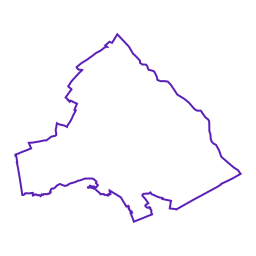 Timisesti, Iasi, Romania
{"feature_id": "2599482B14800869751050", "entity_name": "Timisesti", "entity_type": "district", "adm_level": 2, "iso_a3": "ROU", "parent_name": "Romania", "parent_adm1": "Iasi", "projection": "orthographic", "projection_center": [26.494, 47.231], "detail": "fine", "context": "isolated", "style": "outline", "palette": "violet", "viewbox_px": 256, "rotation_deg": 0, "n_neighbors": 0, "source": "geoboundaries", "source_scale": "gbopen_adm2", "svg_char_len": 5574}
<svg xmlns="http://www.w3.org/2000/svg" viewBox="0 0 256 256"><path d="M240.6,173.9L238.0,170.2L234.1,167.7L231.5,165.6L221.3,156.8L219.0,150.2L216.0,144.9L213.3,143.4L211.7,141.6L210.8,139.2L210.4,134.2L209.4,131.3L209.2,122.1L208.9,120.7L208.2,119.5L205.3,117.3L200.8,110.7L197.7,110.7L197.0,110.6L194.5,109.1L188.8,102.5L184.2,98.8L177.3,94.6L170.8,84.7L167.8,81.6L164.3,81.1L160.8,81.2L157.5,80.0L156.8,76.8L155.0,72.9L153.7,71.1L150.6,70.2L148.7,69.9L147.9,68.4L147.2,66.0L146.0,64.6L142.3,64.5L140.0,62.7L140.0,60.7L135.2,55.6L132.9,53.5L128.9,46.6L117.3,34.3L112.1,42.8L110.0,42.1L109.6,41.9L109.4,41.8L105.5,45.2L105.3,45.4L106.5,46.2L107.1,46.8L106.7,46.8L106.3,46.9L105.1,47.3L104.6,47.5L102.9,48.8L102.3,49.4L101.9,49.6L100.2,50.8L99.0,51.6L98.8,51.6L98.5,51.7L98.3,51.7L97.9,52.0L95.9,53.1L93.1,55.3L90.7,57.1L89.9,57.5L87.4,59.5L86.9,59.8L86.0,60.3L81.5,63.1L79.4,64.8L78.4,65.7L76.6,67.1L77.0,67.9L77.6,68.9L77.9,69.1L78.3,69.3L78.5,69.6L78.9,69.5L82.1,70.0L81.6,70.7L80.2,71.9L78.7,73.4L77.0,75.3L75.7,76.6L74.9,77.6L73.4,79.1L71.3,81.6L68.2,86.4L68.7,86.9L71.0,88.8L71.5,89.3L65.8,97.2L65.6,97.5L67.9,99.4L67.7,99.8L67.9,100.2L69.1,101.0L69.6,101.6L69.8,101.3L70.1,101.4L70.4,100.6L70.7,100.7L72.4,101.4L72.8,101.8L77.0,103.7L74.4,109.8L75.8,110.4L73.1,115.5L72.8,116.0L72.5,117.0L72.0,118.0L71.4,119.3L70.6,120.8L69.8,122.1L68.1,124.7L67.2,126.2L67.1,126.4L67.0,126.9L66.3,126.5L65.6,126.1L64.5,125.6L62.9,125.2L62.2,125.1L61.4,124.8L60.6,124.8L58.1,123.9L57.2,123.5L57.0,123.3L56.6,124.5L56.5,125.7L56.3,127.1L55.8,129.1L55.7,130.3L55.8,131.1L56.1,132.4L56.2,133.9L56.3,134.7L56.2,135.0L55.8,135.4L55.2,135.8L54.4,136.0L52.8,136.3L51.2,136.7L46.3,140.5L45.9,140.4L45.3,140.3L44.5,140.4L42.6,140.8L38.2,141.7L37.0,141.8L35.7,142.1L35.2,142.1L34.2,142.3L33.6,142.5L32.7,142.6L31.2,142.6L30.1,142.8L29.3,142.8L29.0,142.8L28.8,142.8L29.4,144.3L31.1,148.4L28.9,149.3L26.7,150.2L20.9,152.4L19.3,153.1L18.9,153.4L17.7,153.8L16.7,154.1L15.4,154.6L15.4,155.5L16.1,155.3L17.3,162.4L16.8,162.5L18.0,167.9L19.5,176.9L20.0,179.7L22.3,195.0L22.7,195.0L23.3,195.0L23.7,194.8L24.1,194.6L24.8,194.1L24.8,193.7L25.0,193.6L25.1,193.4L25.4,193.3L26.0,193.2L26.7,193.3L27.4,193.3L29.2,193.4L29.7,193.4L30.3,193.1L31.1,193.2L32.0,192.8L32.8,192.9L32.9,193.7L32.9,194.5L32.7,195.0L32.8,195.6L33.0,195.6L33.3,195.3L33.5,195.3L33.8,195.0L34.6,194.5L34.9,194.7L35.1,194.6L35.4,194.5L35.6,194.4L36.0,194.4L36.7,194.6L36.9,194.8L37.1,195.1L37.3,195.2L37.8,195.0L38.5,195.3L39.2,195.1L39.7,195.2L40.1,195.3L40.3,196.0L40.5,196.2L40.9,195.9L41.0,195.7L41.2,195.3L41.3,195.6L41.9,195.3L42.2,194.9L42.3,194.6L42.5,194.6L43.0,194.8L43.4,194.4L43.4,194.2L43.7,194.0L44.7,194.3L44.8,194.2L45.3,194.0L46.3,194.2L46.6,194.3L47.1,194.2L47.5,193.9L47.8,193.9L47.9,194.0L48.1,194.0L48.4,193.6L48.7,193.6L48.9,193.6L49.1,193.5L49.3,193.5L49.5,193.5L50.0,193.2L50.7,192.4L50.7,192.2L50.4,192.3L50.1,192.0L50.1,191.8L50.7,189.9L51.3,189.0L51.5,188.8L52.0,188.6L53.0,188.6L53.5,188.6L54.3,188.0L55.0,187.6L55.4,187.4L55.5,187.0L55.7,186.7L56.5,186.2L56.6,185.9L56.7,185.7L57.3,185.3L58.5,184.8L59.4,184.1L59.7,184.0L60.1,184.1L64.9,186.0L65.2,185.8L65.9,185.6L66.3,185.6L67.7,185.1L68.1,184.9L68.2,184.6L68.8,184.1L70.5,183.4L71.0,183.2L71.4,183.2L71.8,183.0L72.1,183.0L72.5,182.9L73.0,182.7L75.1,182.1L75.4,182.0L75.5,181.9L76.4,181.6L77.0,181.2L77.7,180.8L78.6,180.6L78.8,180.6L79.2,180.6L79.9,180.4L82.5,179.5L84.8,178.6L85.4,178.5L86.0,178.6L87.7,178.6L88.2,178.5L89.2,178.5L92.8,178.6L93.8,179.2L95.3,180.6L96.1,181.2L96.5,181.6L96.4,182.4L96.0,182.8L95.9,183.2L96.8,184.0L97.9,185.1L97.8,185.4L97.4,185.7L96.5,187.1L94.2,187.3L94.0,187.2L94.0,186.8L93.9,186.5L93.7,186.5L93.3,186.5L92.9,186.4L92.7,186.4L91.9,186.4L91.6,186.4L91.4,186.4L91.2,186.2L90.9,186.1L90.4,186.0L90.3,185.8L90.1,185.7L89.9,185.7L89.8,185.9L89.7,186.4L89.6,186.7L89.4,186.9L88.8,187.1L87.9,187.3L88.0,187.7L88.3,187.8L89.3,187.6L90.9,187.5L91.4,187.6L92.3,188.0L94.8,188.9L95.4,189.2L97.4,191.1L99.9,193.2L100.0,193.5L100.2,194.0L100.4,194.3L102.9,194.0L103.6,194.0L103.9,194.1L104.1,194.5L104.4,194.9L104.7,194.9L105.6,194.9L106.7,195.1L107.1,195.2L107.5,195.5L107.7,195.4L107.9,195.5L108.1,195.1L108.0,194.8L108.2,194.5L108.1,194.3L108.3,194.1L108.6,194.3L109.1,194.8L109.3,194.8L110.2,194.2L110.4,194.2L110.5,193.9L109.8,191.9L109.6,191.0L109.6,190.5L116.2,194.5L117.9,195.5L120.3,197.0L120.7,197.3L121.3,198.1L121.8,199.0L126.4,206.6L128.3,205.8L128.8,206.6L128.2,206.9L129.3,208.8L128.9,209.0L130.6,211.7L131.5,211.3L132.1,212.7L130.6,213.3L131.0,213.9L131.4,214.8L132.1,216.7L133.9,221.7L135.5,221.0L140.3,219.1L144.1,217.6L148.9,215.6L152.0,214.5L152.1,214.4L151.7,213.3L151.4,212.9L151.2,212.5L151.3,212.0L151.3,211.4L151.3,210.2L151.2,209.9L150.5,209.5L150.4,209.2L150.3,208.6L150.4,208.0L149.4,207.2L149.3,207.5L149.2,207.5L148.9,207.5L148.1,207.9L147.3,207.6L146.3,207.1L145.6,206.4L145.4,205.9L145.3,205.7L145.5,205.2L145.8,204.8L146.5,204.6L146.8,204.3L147.2,204.0L148.3,203.2L145.7,199.4L144.1,197.7L143.3,196.6L142.7,196.1L142.5,195.6L142.4,195.3L142.5,195.2L142.7,194.5L142.9,194.3L143.3,194.0L143.5,193.9L144.2,193.9L144.8,193.8L145.5,193.7L146.4,193.5L147.2,193.7L147.8,193.7L148.3,193.7L148.8,193.4L149.4,193.1L149.8,192.8L150.1,192.6L150.5,192.4L151.4,194.1L153.0,194.7L157.6,196.8L158.9,197.3L162.5,198.0L162.3,199.0L171.0,200.8L169.7,208.4L176.1,209.2L176.3,209.2L176.4,209.4L195.3,198.7L200.3,196.1L201.7,195.3L217.6,186.7L218.5,186.1L220.1,185.1L221.2,184.2L221.2,183.9L221.4,183.8L224.5,182.3L225.6,181.8L228.2,180.6L232.6,178.4L240.6,173.9Z" fill="none" stroke="#5b21b6" stroke-width="2"/></svg>